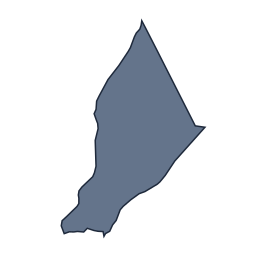 Rodolfo Fernandes, Rio Grande do Norte, Brazil (Natural Earth projection), rotated 354°
{"feature_id": "56859067B55531963216971", "entity_name": "Rodolfo Fernandes", "entity_type": "district", "adm_level": 2, "iso_a3": "BRA", "parent_name": "Brazil", "parent_adm1": "Rio Grande do Norte", "projection": "natural_earth1", "projection_center": [-38.107, -5.85], "detail": "fine", "context": "isolated", "style": "filled", "palette": "slate", "viewbox_px": 256, "rotation_deg": 354, "n_neighbors": 0, "source": "geoboundaries", "source_scale": "gbopen_adm2", "svg_char_len": 810}
<svg xmlns="http://www.w3.org/2000/svg" viewBox="0 0 256 256"><g transform="rotate(354 128 128)"><path d="M53.5,226.4L58.8,225.1L63.2,225.7L66.9,225.6L73.1,226.8L77.0,223.5L83.5,226.4L87.5,227.6L92.4,228.4L92.8,233.2L94.6,230.6L99.0,228.8L102.6,222.7L106.5,218.8L111.7,208.5L115.0,205.4L123.2,199.7L132.2,194.5L138.2,193.0L151.3,186.9L154.1,184.9L160.0,179.1L171.1,165.7L204.6,135.3L195.1,132.9L165.1,54.2L155.8,30.1L152.9,22.8L151.8,27.2L150.1,30.9L146.2,34.4L143.9,38.0L138.8,48.3L136.3,51.8L125.4,65.0L113.2,77.7L102.6,93.2L99.6,98.0L98.2,106.1L95.8,110.3L97.4,117.0L98.3,120.2L98.2,125.5L94.1,136.9L92.2,162.7L89.9,169.1L87.8,172.8L76.0,181.9L72.7,185.4L71.6,189.4L71.8,192.7L71.2,198.0L69.1,200.7L57.4,209.9L52.8,213.3L51.4,218.3L53.5,226.4Z" fill="#64748b" stroke="#1e293b" stroke-width="1.5"/></g></svg>